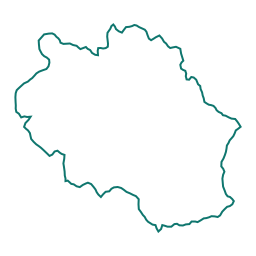 outline of Poço Fundo, Minas Gerais, Brazil
{"feature_id": "56859067B54167324387796", "entity_name": "Poço Fundo", "entity_type": "district", "adm_level": 2, "iso_a3": "BRA", "parent_name": "Brazil", "parent_adm1": "Minas Gerais", "projection": "natural_earth1", "projection_center": [-45.997, -21.81], "detail": "fine", "context": "isolated", "style": "outline", "palette": "teal", "viewbox_px": 256, "rotation_deg": 0, "n_neighbors": 0, "source": "geoboundaries", "source_scale": "gbopen_adm2", "svg_char_len": 3023}
<svg xmlns="http://www.w3.org/2000/svg" viewBox="0 0 256 256"><path d="M64.6,171.5L64.8,175.6L65.5,178.5L65.5,181.1L67.7,180.6L69.5,182.2L71.3,183.9L73.7,184.3L76.6,186.3L79.8,187.1L82.9,184.9L85.8,183.5L87.9,182.7L91.2,184.1L93.7,187.1L95.5,189.5L96.7,192.2L98.3,194.5L100.9,197.0L103.1,194.3L105.6,191.8L109.3,191.3L111.4,188.8L113.9,187.4L117.7,187.0L121.2,188.0L123.7,189.7L126.5,191.9L129.9,193.3L133.0,194.9L135.9,196.1L138.7,199.2L138.5,204.2L138.8,209.1L141.0,212.1L142.8,214.9L144.7,216.9L146.2,219.7L148.1,221.8L150.2,223.1L152.5,224.6L155.5,225.1L156.6,228.4L158.4,231.5L161.1,229.0L162.3,225.1L164.6,225.7L167.6,226.7L171.3,226.7L174.4,224.1L177.0,223.8L179.4,225.3L182.9,225.5L185.8,224.4L189.4,224.1L191.6,221.5L195.1,221.5L197.6,222.1L200.6,220.4L203.7,218.4L206.3,218.1L209.0,217.3L211.5,216.2L214.8,216.4L217.7,217.0L220.1,215.4L222.3,211.6L224.7,209.1L227.1,206.8L229.8,206.1L232.3,204.3L233.8,201.1L232.2,199.0L230.0,197.0L227.6,196.3L225.9,194.0L224.8,190.9L223.1,186.6L222.8,183.4L222.4,178.6L223.1,174.8L224.4,171.7L223.2,168.8L221.3,166.4L221.5,161.9L223.5,158.5L224.9,155.0L225.9,151.9L226.5,148.7L226.9,145.5L228.5,143.0L229.7,140.3L231.5,138.3L233.3,136.2L234.6,133.5L235.8,130.4L238.1,128.8L240.6,126.8L239.0,124.1L237.3,121.6L235.2,119.0L231.5,118.6L228.8,117.4L225.6,115.7L222.9,115.2L221.5,113.2L218.6,111.9L216.6,110.2L215.5,108.0L213.5,105.9L211.1,105.1L208.8,104.7L206.6,103.4L204.4,101.9L203.7,98.2L202.7,95.5L202.1,92.4L200.6,89.0L200.2,86.0L198.1,84.3L196.2,79.7L193.7,77.5L191.3,77.0L189.1,79.7L186.6,79.4L185.8,76.2L186.2,73.6L185.3,70.8L183.1,69.9L181.1,68.6L180.3,64.8L181.5,62.5L183.3,60.7L182.2,57.1L181.1,53.6L180.3,48.8L176.0,46.8L172.9,47.4L170.2,48.0L168.1,46.4L166.1,43.5L164.0,41.8L162.1,38.5L159.4,35.5L155.9,37.2L153.6,38.7L151.1,40.2L148.9,38.6L147.5,35.0L146.4,31.7L144.8,29.7L142.2,28.5L139.1,27.1L136.6,25.5L134.3,25.0L132.0,26.1L129.4,26.8L126.0,27.1L123.7,30.1L121.9,32.6L118.8,31.3L116.0,29.1L114.9,26.5L113.3,24.5L111.4,26.1L110.3,28.8L108.9,30.8L107.5,32.8L107.2,36.6L107.7,41.0L108.0,43.7L107.8,46.7L105.7,48.1L103.1,48.5L100.7,48.0L98.2,48.1L97.7,50.9L98.0,55.2L95.2,54.8L92.0,52.9L90.2,50.1L87.6,48.8L85.9,47.0L83.3,48.0L80.4,49.1L78.5,47.6L76.6,45.8L73.0,45.0L69.9,43.5L66.7,43.7L63.4,43.9L60.5,42.7L59.8,40.3L58.3,38.3L56.5,36.9L54.6,34.6L52.2,33.4L48.8,33.6L44.1,34.4L41.3,37.6L38.7,40.5L38.9,44.0L39.4,49.1L40.5,51.3L42.0,54.1L44.2,56.2L46.7,57.5L49.1,59.6L49.4,62.7L48.5,66.3L46.4,69.0L42.9,70.2L39.2,71.6L36.4,73.4L34.5,75.6L32.2,78.1L30.2,79.5L27.9,81.6L24.0,83.4L20.7,86.4L18.3,88.6L16.7,90.2L15.7,93.2L15.4,97.2L15.6,102.3L15.8,105.4L15.7,108.7L16.3,111.9L18.9,113.7L21.2,117.4L24.4,116.4L27.1,117.0L30.6,116.7L28.5,119.9L25.4,123.1L24.1,126.9L26.0,128.8L28.0,130.4L29.9,133.1L30.6,136.5L31.2,139.0L33.7,141.9L36.2,144.3L38.8,146.1L41.0,147.8L43.3,149.9L45.5,152.0L47.4,153.8L49.5,155.9L52.3,154.6L54.6,151.5L57.5,150.7L59.7,152.6L61.6,153.9L64.5,154.9L64.2,159.0L63.4,163.4L64.0,167.1L64.6,171.5Z" fill="none" stroke="#0f766e" stroke-width="2"/></svg>